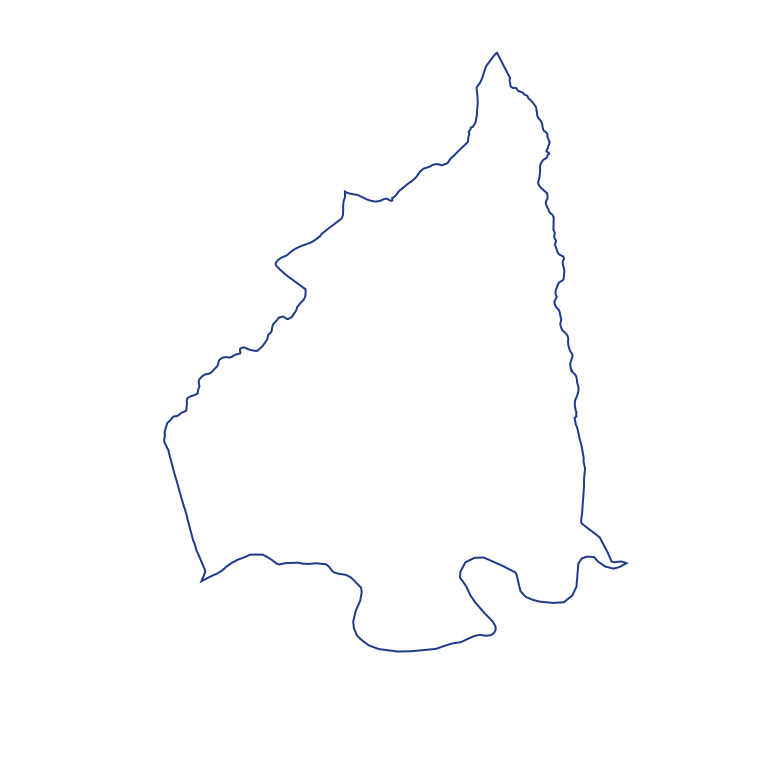 the district of Unguriu, Buzau, Romania, rotated 160°
{"feature_id": "2599482B64546801650648", "entity_name": "Unguriu", "entity_type": "district", "adm_level": 2, "iso_a3": "ROU", "parent_name": "Romania", "parent_adm1": "Buzau", "projection": "natural_earth1", "projection_center": [26.623, 45.27], "detail": "fine", "context": "isolated", "style": "outline", "palette": "blue", "viewbox_px": 768, "rotation_deg": 160, "n_neighbors": 0, "source": "geoboundaries", "source_scale": "gbopen_adm2", "svg_char_len": 6154}
<svg xmlns="http://www.w3.org/2000/svg" viewBox="0 0 768 768"><g transform="rotate(160 384 384)"><path d="M354.9,578.2L356.5,573.6L357.1,572.5L359.5,569.5L361.6,565.0L362.7,561.8L364.8,556.8L366.3,555.0L367.9,553.8L382.5,549.3L391.1,546.4L391.9,546.0L393.3,544.8L394.0,544.6L394.9,544.6L395.8,543.9L400.8,542.6L405.0,541.9L413.7,542.0L419.1,541.6L422.6,541.1L425.7,540.2L431.4,538.1L437.9,537.8L441.2,536.7L443.8,535.3L444.5,534.3L445.0,533.1L444.7,531.7L442.7,527.3L438.7,519.8L425.3,499.8L426.6,496.4L427.7,493.8L429.3,491.9L430.4,490.9L432.4,489.7L433.0,489.6L435.1,488.5L437.1,487.2L437.8,486.9L438.3,486.8L439.5,485.7L439.9,484.9L440.8,483.9L441.9,482.7L443.6,481.5L445.6,480.4L445.5,480.0L447.2,478.8L448.5,478.3L451.0,477.9L452.3,477.9L453.0,478.4L453.7,479.1L455.1,481.3L456.1,481.9L459.2,482.4L459.8,482.3L461.0,481.8L464.2,479.8L467.2,478.4L469.1,476.4L471.4,472.3L472.6,471.2L473.9,470.5L475.1,470.2L476.2,469.5L477.0,468.5L477.2,467.6L477.9,466.6L479.6,465.0L484.9,461.3L491.2,458.6L491.9,458.6L492.9,458.8L494.6,459.6L498.9,462.5L503.0,466.3L504.3,466.5L506.0,466.6L507.1,466.3L507.9,464.9L508.0,463.6L508.3,462.4L508.5,462.1L508.9,461.9L513.7,462.4L516.4,462.1L517.9,461.4L518.8,461.7L520.2,461.7L521.4,462.4L523.5,463.3L525.1,463.8L526.3,463.9L528.1,463.7L530.1,463.1L531.3,462.2L533.6,458.7L534.2,458.1L535.2,457.5L538.8,455.8L542.5,453.8L543.6,453.6L545.3,453.6L549.4,454.2L552.6,453.3L553.7,452.6L555.5,451.8L556.8,450.5L557.3,449.5L557.8,448.0L558.2,445.0L559.1,444.1L561.3,441.0L562.2,439.0L563.1,438.7L565.3,438.5L567.5,438.4L569.7,438.6L572.6,438.2L574.1,437.4L575.0,436.0L575.6,433.8L576.6,431.4L578.0,428.5L578.9,426.9L579.2,426.5L584.9,426.1L587.6,424.9L589.6,424.6L591.7,425.3L593.2,425.3L594.2,424.9L596.8,423.2L601.0,421.5L604.6,416.6L606.9,413.3L606.8,412.3L608.4,408.9L609.0,408.0L609.8,406.5L610.3,404.3L609.2,394.9L609.5,394.3L611.5,372.5L611.7,368.9L611.9,366.7L611.9,364.9L612.1,361.9L612.8,354.0L614.0,336.3L613.8,336.1L614.5,326.3L614.7,326.2L616.8,302.5L616.6,298.8L617.1,291.1L616.8,288.4L615.9,271.2L616.1,268.9L617.0,267.6L623.0,261.1L613.4,262.4L604.8,263.0L599.7,264.2L594.1,266.4L587.6,268.1L581.5,268.9L573.7,268.9L568.2,269.5L556.2,265.1L552.2,260.5L549.3,256.6L546.4,252.0L544.2,250.3L538.1,249.4L526.4,245.7L520.9,242.5L516.1,240.6L508.8,238.7L499.9,234.2L498.0,230.8L496.8,226.3L495.2,223.9L491.7,221.3L485.0,217.6L481.3,213.6L479.6,210.2L475.2,200.4L476.2,195.9L480.7,188.2L488.0,180.7L494.3,171.1L495.8,164.6L495.4,156.6L492.3,150.6L487.7,143.6L479.6,136.7L462.6,127.9L449.3,123.4L425.7,117.3L418.9,117.3L408.9,116.9L399.7,115.1L394.1,115.7L385.2,116.3L379.7,115.5L374.0,112.4L369.2,111.4L365.7,112.5L363.1,114.9L362.1,118.2L363.0,123.4L367.8,134.0L372.8,147.1L375.0,155.1L376.0,166.1L378.8,176.2L376.4,181.5L368.5,188.6L358.3,189.7L349.8,186.9L345.8,183.2L334.5,172.3L324.8,161.7L324.7,158.8L326.6,142.8L323.7,135.5L318.2,130.5L312.8,126.6L300.1,120.5L289.7,117.4L279.5,120.8L272.5,127.7L262.8,148.7L257.8,152.5L252.1,152.3L245.8,149.5L243.6,143.9L238.4,136.7L231.5,132.0L225.2,131.5L217.5,132.7L219.9,134.8L221.4,135.8L223.2,136.5L228.7,137.8L230.8,139.2L231.4,148.6L233.6,164.6L233.6,165.8L239.3,174.9L239.8,175.4L245.7,185.0L246.0,185.8L246.0,186.7L245.7,187.7L244.7,189.9L242.0,194.9L237.5,205.1L235.1,210.3L231.1,219.3L228.6,226.1L225.5,232.7L224.1,235.3L222.9,243.1L222.5,244.3L221.6,246.1L221.0,250.1L219.9,255.7L219.2,260.6L219.0,264.8L217.8,273.6L217.4,277.0L217.6,279.9L216.6,286.8L216.2,287.2L214.2,287.7L213.7,290.0L212.9,291.2L212.9,293.7L212.1,298.0L211.2,301.0L210.1,303.1L208.6,304.8L206.8,306.5L204.1,310.4L203.1,312.3L202.4,314.2L202.0,319.4L201.3,322.1L200.8,324.6L200.9,326.2L201.3,327.7L203.5,332.4L202.8,332.7L203.2,334.5L202.7,337.0L202.1,339.4L197.8,345.0L197.1,346.2L196.9,347.6L197.9,352.2L197.7,355.7L197.4,358.0L196.7,360.2L196.7,361.0L195.5,363.0L195.0,365.8L195.5,368.5L196.4,370.7L197.4,372.1L198.1,373.5L198.2,379.1L197.4,380.9L195.5,383.7L194.3,392.1L194.3,393.6L195.7,396.4L196.2,399.7L195.9,403.0L192.2,406.4L191.9,406.8L191.9,410.5L190.9,412.8L187.8,416.7L185.1,419.3L183.2,419.9L180.6,420.3L179.6,420.9L178.5,422.8L175.6,429.2L175.0,435.4L174.2,437.9L172.2,440.0L171.8,441.0L171.8,441.8L172.3,442.9L175.0,445.7L175.8,447.9L175.6,457.0L174.0,458.6L173.4,459.7L173.7,461.6L173.9,463.9L171.8,467.6L171.8,469.7L172.0,471.1L167.5,482.6L167.9,485.4L169.5,488.2L169.9,489.9L169.9,490.9L169.7,491.7L170.2,494.6L170.3,497.9L169.7,499.6L167.1,502.4L166.5,503.4L165.7,505.9L165.6,507.7L169.5,514.6L169.6,515.7L170.4,517.3L170.4,519.4L170.2,521.0L167.6,524.2L164.9,529.7L162.7,535.6L162.1,536.6L160.3,538.4L158.3,539.8L157.3,540.3L155.3,540.5L154.1,540.8L153.0,541.7L152.0,543.0L151.3,543.5L150.1,543.8L149.9,544.6L151.8,547.0L151.3,547.9L149.3,549.8L148.3,551.3L145.6,554.5L145.9,560.8L145.0,562.8L145.1,563.5L145.7,565.3L147.2,567.3L147.4,568.3L147.0,572.0L146.5,573.5L146.5,575.7L146.3,576.6L148.2,581.8L148.1,584.6L147.3,587.5L146.5,592.2L147.7,597.0L149.3,600.8L150.7,603.2L150.7,605.4L151.1,606.1L152.7,607.6L153.3,608.4L153.6,609.1L153.7,610.1L155.3,611.5L156.6,612.5L157.7,613.5L158.4,616.5L158.8,617.0L159.2,617.4L161.7,618.0L162.5,619.4L163.1,620.0L163.2,620.4L162.0,626.9L160.9,628.4L164.5,656.6L165.9,656.2L168.6,654.8L179.1,647.9L180.5,646.4L187.0,638.0L189.2,635.7L190.7,634.3L192.3,633.1L193.5,632.5L195.1,631.3L195.8,630.2L196.4,628.3L197.2,624.5L198.9,618.6L200.0,615.6L201.9,611.3L203.4,608.4L204.8,604.8L206.3,602.2L207.9,599.5L208.8,598.3L209.9,597.3L212.5,595.3L213.9,595.1L214.8,595.3L215.1,594.4L216.1,593.2L218.4,591.8L218.1,590.2L220.4,586.9L221.7,583.9L222.5,582.7L233.9,577.7L239.9,574.8L244.3,573.1L248.3,570.1L249.7,569.7L252.2,569.8L254.0,569.6L255.3,570.0L257.3,571.6L258.9,572.4L259.8,572.7L263.1,573.3L266.1,572.7L269.4,572.6L271.3,572.8L273.2,572.8L277.5,571.3L281.6,568.4L282.2,567.8L285.2,566.4L289.0,564.9L290.7,564.6L293.9,563.7L303.2,560.4L305.6,559.1L308.1,557.4L311.0,556.2L312.7,555.9L313.3,553.7L313.7,553.6L314.5,553.6L315.5,554.4L317.3,556.5L318.4,557.3L320.5,557.8L325.4,557.4L329.9,558.4L334.9,561.5L337.5,563.9L344.3,570.8L346.1,571.7L351.5,574.9L353.9,577.0L354.9,578.2Z" fill="none" stroke="#1e3a8a" stroke-width="2"/></g></svg>